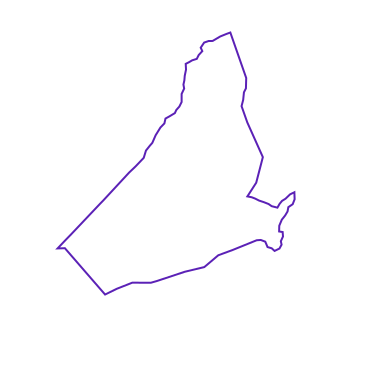 Araruna, Paraíba, Brazil, rotated 317°
{"feature_id": "56859067B30270285588633", "entity_name": "Araruna", "entity_type": "district", "adm_level": 2, "iso_a3": "BRA", "parent_name": "Brazil", "parent_adm1": "Paraíba", "projection": "albers", "projection_center": [-35.727, -6.531], "detail": "fine", "context": "isolated", "style": "outline", "palette": "violet", "viewbox_px": 384, "rotation_deg": 317, "n_neighbors": 0, "source": "geoboundaries", "source_scale": "gbopen_adm2", "svg_char_len": 1237}
<svg xmlns="http://www.w3.org/2000/svg" viewBox="0 0 384 384"><g transform="rotate(317 192 192)"><path d="M55.2,141.6L60.7,146.4L58.5,207.7L71.0,211.5L86.5,217.6L100.0,230.3L105.5,233.1L132.3,245.4L149.8,255.3L168.1,256.2L182.1,262.1L206.4,271.4L209.6,274.0L211.7,278.3L209.7,283.8L211.9,287.5L212.2,291.4L217.4,293.0L221.6,291.6L223.4,288.6L228.2,286.6L231.0,283.1L228.8,280.3L232.8,276.2L238.8,273.5L244.1,272.7L248.6,271.4L252.1,268.8L257.3,269.6L262.1,267.3L266.7,262.0L262.1,260.6L255.8,260.7L251.8,259.9L248.0,260.4L243.8,261.7L240.6,256.7L239.8,253.0L237.6,248.4L235.2,244.0L233.7,239.9L232.1,236.6L229.5,233.0L245.3,229.0L262.3,218.2L267.6,214.8L279.9,178.8L286.8,163.0L292.3,159.5L298.0,154.5L302.1,153.0L309.4,145.6L328.8,101.5L325.0,99.9L318.7,97.5L310.1,95.6L307.1,92.9L302.8,91.0L296.8,92.4L295.6,96.0L290.3,96.4L286.3,97.9L281.9,95.8L278.6,95.1L274.8,94.0L271.1,98.4L265.9,102.1L262.6,105.1L259.0,107.6L256.8,111.0L251.3,113.2L245.8,119.1L241.0,120.9L236.5,121.3L233.3,122.6L227.1,121.3L222.7,120.2L218.6,123.0L212.9,123.3L204.1,125.7L196.5,129.0L192.6,129.4L186.6,130.3L180.0,134.1L168.3,134.8L159.3,134.9L121.0,137.7L116.8,137.9L74.9,140.5L66.7,140.9L55.2,141.6Z" fill="none" stroke="#5b21b6" stroke-width="2"/></g></svg>